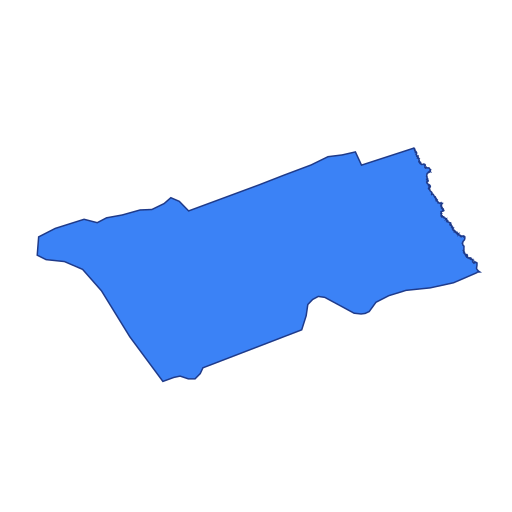 outline of Amada-Gaza, Mambéré-Kadéï, Central African Republic, rotated 160°
{"feature_id": "33826404B6437617730206", "entity_name": "Amada-Gaza", "entity_type": "district", "adm_level": 2, "iso_a3": "CAF", "parent_name": "Central African Republic", "parent_adm1": "Mambéré-Kadéï", "projection": "albers", "projection_center": [14.714, 4.811], "detail": "fine", "context": "isolated", "style": "filled", "palette": "blue", "viewbox_px": 512, "rotation_deg": 160, "n_neighbors": 0, "source": "geoboundaries", "source_scale": "gbopen_adm2", "svg_char_len": 5575}
<svg xmlns="http://www.w3.org/2000/svg" viewBox="0 0 512 512"><g transform="rotate(160 256 256)"><path d="M316.1,339.9L324.4,336.7L337.9,335.3L349.2,338.9L367.7,340.3L383.4,343.0L393.8,341.6L405.0,349.3L435.2,350.6L453.7,348.3L461.3,331.6L454.5,324.4L437.9,316.3L423.5,302.7L413.1,276.1L402.2,223.2L386.4,170.0L374.7,170.0L368.4,169.1L361.6,163.7L355.3,161.4L348.6,164.6L344.1,169.1L238.3,171.0L229.3,182.7L223.9,192.7L217.6,195.8L211.3,196.7L205.5,193.6L183.4,168.7L177.1,165.6L173.1,164.7L168.6,165.1L159.1,171.5L144.7,173.3L126.7,172.4L103.3,166.5L79.5,163.3L54.2,164.8L53.6,165.2L51.2,164.5L52.1,165.7L53.0,168.0L53.0,169.0L51.6,171.6L50.7,173.9L51.5,174.9L51.9,175.0L52.1,175.4L52.4,175.1L52.5,175.4L52.6,175.2L53.0,175.1L53.1,175.3L53.5,175.4L53.6,175.1L53.8,175.3L53.9,175.2L54.4,176.4L54.0,176.5L53.9,177.1L53.6,177.4L53.6,177.7L53.8,177.7L53.9,177.9L53.5,178.0L53.8,178.3L53.7,178.5L54.0,178.5L54.2,179.0L54.8,179.5L54.9,179.2L55.1,179.2L55.3,179.8L55.2,179.9L55.4,179.9L55.4,180.0L55.0,180.1L55.0,180.4L55.4,180.5L55.3,180.8L55.7,180.8L55.7,180.7L55.9,180.7L56.1,181.3L56.3,181.3L56.6,181.0L56.7,181.3L57.2,181.5L57.1,181.8L57.3,182.1L57.5,182.1L57.5,182.4L57.7,182.2L58.4,182.8L58.2,183.2L58.3,183.4L57.9,183.5L57.8,183.9L57.5,184.1L57.8,184.3L57.8,184.5L58.0,184.5L57.7,184.8L57.9,184.8L57.8,185.2L58.3,185.3L58.3,185.5L58.7,185.4L58.6,185.8L58.9,185.9L59.0,186.3L58.9,187.0L59.2,187.0L59.3,187.2L59.5,187.4L59.4,187.6L59.2,187.8L59.3,188.1L59.1,187.9L59.1,188.4L58.9,188.6L59.1,189.0L59.4,189.0L59.1,189.6L59.2,190.1L58.9,190.0L58.5,190.4L58.4,191.1L57.2,194.1L57.9,195.7L57.6,196.6L57.8,197.5L57.1,197.9L56.6,198.8L54.6,199.9L53.8,201.0L53.2,202.6L53.7,203.5L54.0,203.5L54.3,203.3L54.3,203.8L54.7,203.7L54.9,204.1L55.5,204.2L55.8,204.1L56.2,204.6L56.6,204.2L56.7,204.6L56.9,204.7L56.9,205.0L57.1,204.9L57.0,205.5L57.5,205.7L58.1,206.7L58.0,206.9L58.2,207.0L58.6,206.8L58.4,207.2L58.7,207.4L58.7,207.5L58.4,207.7L58.7,207.7L58.5,208.0L58.8,208.4L59.1,208.5L59.0,208.9L59.1,209.0L59.3,208.9L59.2,209.2L59.8,209.1L60.0,209.4L59.8,209.7L60.3,209.8L60.3,210.0L60.2,210.3L60.3,210.3L60.3,210.6L61.4,210.8L61.3,211.1L61.1,211.1L60.9,211.3L60.7,211.1L60.6,211.3L61.0,211.4L60.8,211.9L61.0,212.1L61.4,212.6L61.3,212.8L61.7,212.9L61.8,212.8L62.0,213.1L61.8,213.8L62.0,214.1L61.8,214.2L62.0,214.3L62.0,214.5L61.5,214.6L61.4,214.9L61.6,215.2L61.8,215.0L61.8,215.3L61.4,215.3L62.3,216.2L62.2,216.3L61.9,216.3L61.9,216.8L61.5,216.9L62.2,218.0L62.4,218.1L62.1,218.3L62.2,218.7L62.0,218.9L62.3,219.0L62.5,218.9L63.0,219.2L62.7,219.6L62.1,219.9L61.9,220.5L62.4,220.5L62.4,220.9L62.9,221.2L63.0,221.6L63.4,222.0L64.0,222.3L64.0,222.6L64.7,223.0L64.3,223.2L64.6,223.3L64.4,223.5L64.5,223.8L64.3,224.0L64.5,224.2L64.5,224.6L64.3,224.9L64.7,225.2L64.4,225.7L64.9,225.6L64.6,225.9L64.9,226.3L65.1,226.5L65.4,227.1L66.2,227.3L66.1,228.1L66.5,228.3L66.3,228.6L66.7,228.9L67.1,228.8L67.5,229.3L67.4,229.7L67.9,229.5L67.8,229.9L68.1,230.1L68.3,230.3L67.9,230.6L68.0,230.9L67.8,231.0L67.6,232.0L67.7,232.3L67.1,232.5L67.4,232.9L67.1,233.1L67.0,234.4L66.7,234.5L66.4,234.3L65.7,234.3L64.2,234.3L64.0,234.5L64.3,234.8L64.1,235.3L64.4,235.4L64.2,235.8L64.6,235.7L64.5,236.1L64.2,235.9L64.2,236.1L64.9,236.7L64.8,237.0L65.0,237.2L64.8,237.4L65.1,237.7L64.8,237.9L65.1,238.1L65.1,238.5L65.1,238.8L64.8,239.1L64.9,239.3L64.7,239.3L64.6,239.6L64.9,240.0L64.9,240.4L64.7,240.5L64.5,240.3L64.5,240.6L64.0,240.8L63.8,241.4L63.5,241.5L63.8,241.7L63.3,241.9L63.5,242.0L63.9,241.8L63.7,242.3L64.0,242.4L64.0,242.8L64.3,242.7L64.3,242.4L64.7,242.5L64.8,242.3L65.7,243.0L65.7,243.3L66.6,243.7L66.3,244.0L66.3,244.4L67.0,245.2L66.9,245.5L67.2,246.0L67.0,246.3L67.4,246.4L67.3,246.5L67.0,246.5L66.5,246.7L66.7,247.2L67.3,247.6L67.6,247.6L67.5,248.0L67.1,248.0L67.1,247.8L67.0,248.0L67.1,248.7L67.3,248.9L67.3,250.1L67.9,249.9L68.3,252.9L68.7,253.8L69.9,253.7L69.9,253.9L69.6,254.1L69.2,255.4L69.0,255.6L69.3,256.0L69.4,256.5L70.0,257.5L70.2,258.4L70.0,258.7L69.9,259.7L70.6,259.7L70.8,260.2L70.4,260.4L70.5,260.8L70.2,261.0L69.2,261.0L68.5,261.4L68.4,261.8L68.7,261.9L69.0,262.2L68.5,262.2L68.5,262.5L68.8,262.4L69.2,262.5L69.0,262.8L68.6,262.8L68.8,263.2L69.2,263.4L68.8,263.6L68.9,263.8L69.4,263.8L69.6,264.1L70.0,265.6L70.3,265.7L70.4,267.1L70.3,267.3L69.1,267.3L69.1,267.8L68.7,267.7L68.5,267.8L68.5,269.1L69.4,269.1L69.6,269.3L69.4,269.8L68.7,269.7L68.3,269.9L68.5,271.5L68.2,271.9L68.5,272.3L68.1,272.8L68.0,273.6L67.4,274.2L67.2,274.8L66.6,275.2L66.0,275.2L65.5,275.6L65.2,275.6L65.3,275.9L65.2,276.0L65.0,275.9L65.0,275.5L64.9,275.4L63.9,275.6L63.8,275.8L64.0,276.0L63.6,276.2L63.4,276.0L63.5,276.5L63.1,276.5L62.4,277.4L62.8,277.8L63.3,279.6L65.4,280.4L65.5,281.1L66.3,280.9L66.4,280.7L66.7,280.7L66.7,281.2L67.0,281.7L65.8,283.5L65.9,283.8L66.3,283.9L66.1,284.2L66.3,284.3L66.4,284.7L67.0,285.1L67.7,284.9L68.7,285.4L69.1,285.4L69.2,285.9L69.6,286.0L70.2,286.8L69.8,287.2L70.1,287.6L69.7,287.8L69.4,287.7L69.4,287.8L69.8,288.0L69.9,288.5L70.3,288.4L70.7,288.7L70.6,289.3L69.9,290.0L69.8,291.4L70.0,291.8L69.6,291.9L69.8,292.1L69.7,292.4L69.8,292.7L70.1,292.6L70.2,292.9L70.6,293.0L69.8,294.0L70.1,294.2L69.8,294.6L70.5,294.6L70.8,294.8L70.6,295.1L70.5,295.7L70.9,296.5L70.1,297.2L69.9,297.7L70.1,297.9L70.2,298.3L69.9,298.4L70.0,298.6L70.4,298.5L70.7,298.7L70.0,299.4L70.1,299.5L70.6,299.4L70.6,299.5L70.2,299.9L70.2,300.2L70.8,300.8L70.7,301.3L70.3,301.7L70.9,302.8L70.8,303.1L70.6,302.9L70.4,303.0L70.7,303.4L125.8,305.3L127.0,319.8L140.5,321.5L154.4,324.7L173.1,322.7L202.2,322.4L228.1,321.8L303.9,321.4L309.4,333.6L316.1,339.9Z" fill="#3b82f6" stroke="#1e3a8a" stroke-width="1.5"/></g></svg>